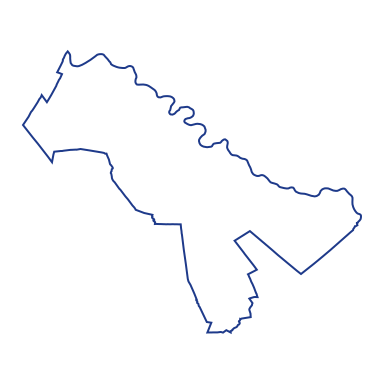 Gavojdia, Timis, Romania (Robinson projection)
{"feature_id": "2599482B38045497727994", "entity_name": "Gavojdia", "entity_type": "district", "adm_level": 2, "iso_a3": "ROU", "parent_name": "Romania", "parent_adm1": "Timis", "projection": "robinson", "projection_center": [22.005, 45.609], "detail": "fine", "context": "isolated", "style": "outline", "palette": "blue", "viewbox_px": 384, "rotation_deg": 0, "n_neighbors": 0, "source": "geoboundaries", "source_scale": "gbopen_adm2", "svg_char_len": 5895}
<svg xmlns="http://www.w3.org/2000/svg" viewBox="0 0 384 384"><path d="M174.5,101.2L174.1,99.3L173.3,98.2L171.7,97.0L170.1,96.4L167.6,96.1L166.4,96.1L163.9,96.3L163.0,96.5L160.6,97.4L158.8,97.3L158.1,97.0L157.4,96.4L157.1,95.6L156.8,94.8L156.7,93.6L156.2,92.3L155.6,91.2L154.6,90.0L150.5,87.1L148.6,85.9L147.3,85.3L146.0,84.9L143.2,84.5L138.3,84.7L136.9,84.5L136.5,84.2L135.6,82.8L135.4,81.9L135.5,80.1L135.9,78.6L136.4,77.7L136.4,76.3L136.2,75.1L135.9,74.3L134.7,72.0L133.2,67.7L132.7,67.1L132.0,66.6L131.0,66.2L130.0,66.0L129.0,66.1L128.0,66.4L126.9,67.0L126.1,67.5L124.9,68.0L122.7,68.0L119.7,67.7L118.2,67.4L116.5,66.9L114.0,65.9L112.5,65.2L111.1,64.2L110.5,62.8L110.2,62.2L109.4,61.5L107.6,59.1L105.5,56.9L104.7,56.0L104.2,55.3L103.6,54.7L102.6,54.3L101.6,54.1L100.5,54.1L99.5,54.2L98.4,54.4L97.2,54.8L94.9,56.6L90.4,59.9L87.0,62.0L85.6,62.9L82.1,64.8L79.1,66.0L78.2,66.2L77.1,66.3L73.8,65.8L72.9,65.5L72.1,65.0L70.7,63.0L70.4,60.9L70.2,58.7L70.2,56.5L70.1,55.2L69.9,54.5L69.2,53.3L67.7,51.4L67.2,52.0L66.8,52.6L66.1,53.3L65.7,54.0L64.8,55.6L64.0,57.6L63.5,58.6L63.1,59.1L62.9,59.5L62.8,60.0L62.8,60.4L62.9,60.6L62.6,61.6L60.7,65.5L57.2,72.3L59.3,73.0L62.0,74.1L60.1,78.3L58.8,80.1L58.6,80.7L56.7,84.5L56.3,85.8L51.3,94.9L49.0,98.8L46.9,102.2L41.7,95.1L41.2,96.4L40.6,97.6L39.4,99.0L37.6,102.3L34.1,107.8L32.3,110.5L31.0,112.0L28.6,116.7L23.0,125.0L32.8,137.5L37.8,143.6L48.1,156.9L52.0,162.2L53.4,154.7L54.2,151.7L60.8,151.0L62.1,151.0L63.7,150.7L70.2,149.9L76.2,149.6L76.5,149.7L80.5,149.0L89.4,150.4L101.4,152.4L103.9,152.9L104.3,153.1L105.2,153.7L106.5,153.6L106.6,153.8L106.6,154.1L107.6,156.6L108.9,159.5L110.0,164.0L110.3,164.5L111.1,165.2L112.6,167.4L112.7,167.6L112.8,168.2L112.7,168.5L111.8,169.2L111.6,170.6L111.5,171.0L111.5,171.4L111.2,171.6L111.1,171.9L110.8,172.8L110.8,173.1L111.3,173.9L111.8,176.5L111.9,177.9L112.4,179.4L113.4,181.0L114.7,182.3L119.2,188.6L119.7,189.2L120.1,189.4L125.4,196.4L127.9,199.3L132.4,205.4L134.4,207.6L135.5,209.3L135.7,209.8L144.2,213.0L152.3,214.8L152.0,215.3L152.0,215.5L152.5,216.1L152.5,216.3L152.0,216.9L152.0,217.1L152.3,218.0L152.6,218.3L153.2,218.5L153.2,218.8L153.9,219.1L154.2,219.6L154.1,220.2L153.5,220.4L153.4,220.6L153.6,221.0L154.6,221.4L154.8,221.9L155.1,222.2L155.1,222.4L154.8,222.9L155.1,223.6L155.0,224.0L156.7,223.9L157.0,224.0L161.6,224.1L167.0,224.3L167.3,224.2L170.7,224.3L171.8,224.2L177.7,224.3L178.5,224.3L180.7,224.3L181.1,228.6L181.5,231.1L181.7,233.6L181.9,234.3L182.3,237.5L183.8,249.7L185.9,264.4L187.8,279.0L188.5,281.5L190.5,284.9L194.2,293.3L196.4,298.8L196.2,299.2L196.8,299.9L196.4,300.5L196.8,300.9L197.3,301.4L197.1,302.8L198.3,303.7L198.8,306.0L199.6,306.9L206.8,322.0L211.3,322.7L207.4,332.5L215.0,332.4L217.4,332.4L220.5,332.0L221.4,332.1L223.0,332.6L226.3,330.2L230.7,332.5L230.7,331.1L231.1,331.0L231.4,330.7L231.7,330.5L232.2,330.4L232.4,330.2L232.4,329.7L233.3,328.9L234.0,328.2L236.5,327.1L237.3,326.3L237.6,325.5L238.1,324.9L239.0,324.5L239.4,324.0L239.7,323.4L239.7,322.8L239.2,322.1L238.9,321.4L239.0,321.1L239.7,320.7L240.1,320.0L240.2,318.9L240.8,319.1L241.5,318.6L250.7,317.1L250.5,313.6L249.3,309.8L249.3,309.6L249.5,308.7L250.4,307.2L251.9,305.3L252.0,304.9L252.1,304.2L252.5,303.1L249.3,298.6L249.9,298.3L253.9,297.1L255.0,297.0L257.5,297.1L256.9,295.3L256.6,294.0L256.2,293.3L255.5,291.6L254.1,287.8L252.5,284.1L251.2,281.6L250.1,278.7L249.2,276.9L248.4,274.9L248.0,274.3L254.0,271.2L256.8,269.7L255.7,268.2L253.1,264.7L252.3,263.7L244.5,253.7L243.9,252.8L234.6,240.7L249.9,231.1L271.6,249.5L278.0,255.1L296.8,270.7L301.0,274.0L314.0,263.7L323.3,256.0L330.4,250.0L350.8,232.0L353.1,230.1L353.2,229.4L353.4,228.8L353.8,228.3L354.4,227.5L354.8,226.5L355.0,226.6L357.4,225.2L356.9,223.6L356.9,222.9L357.8,222.7L358.2,221.8L359.5,220.6L360.5,219.3L360.9,217.8L361.0,216.4L360.9,215.4L360.4,214.6L359.4,214.1L357.6,213.5L356.5,212.6L355.1,210.8L354.0,208.9L353.2,207.0L352.5,204.4L352.4,202.0L352.5,199.3L352.5,197.8L352.0,196.4L350.9,195.2L349.3,193.9L347.1,191.5L345.8,189.8L345.1,189.1L344.1,188.6L342.9,188.6L341.0,189.1L338.7,190.3L337.1,190.9L335.8,190.9L333.3,190.5L328.4,188.5L326.7,188.3L325.0,188.3L323.4,188.8L322.2,189.4L320.6,191.0L319.9,192.9L318.8,194.7L316.7,196.0L315.8,196.2L314.7,196.4L311.3,195.8L307.0,194.4L304.7,193.8L300.8,193.5L298.7,193.0L296.0,191.7L294.9,190.4L293.9,188.4L293.0,187.6L291.4,187.4L289.9,187.7L288.5,188.4L286.7,188.5L284.1,188.1L280.8,187.3L279.8,187.0L278.8,186.3L278.0,185.2L276.9,184.3L274.5,183.5L272.2,182.9L270.6,182.3L269.5,181.1L267.4,178.4L265.2,176.5L263.7,175.5L262.3,175.1L261.3,175.1L260.3,175.4L259.3,175.8L258.0,176.0L256.8,175.9L255.9,175.6L254.3,174.9L253.2,174.1L251.9,172.3L251.4,170.9L251.1,169.6L250.2,167.3L249.1,165.3L247.1,160.5L245.8,159.5L244.6,159.0L242.4,158.7L240.3,157.9L238.9,156.8L237.5,155.9L236.2,155.5L232.5,155.1L231.2,154.3L230.1,152.9L229.4,151.7L228.2,150.1L227.4,148.5L227.1,147.4L227.2,145.9L227.7,143.4L227.7,142.1L227.3,141.0L226.2,140.1L225.3,139.4L224.2,139.4L223.1,140.0L221.9,140.9L221.0,142.1L220.1,142.8L216.2,143.2L214.1,143.6L213.3,144.1L212.6,145.1L212.0,146.2L211.1,146.7L207.1,147.2L205.8,147.0L203.5,146.6L201.6,145.7L200.4,144.7L199.5,143.1L199.0,141.1L199.1,139.8L199.9,138.3L200.8,137.2L202.1,135.8L204.5,134.1L205.2,132.6L205.6,131.2L205.6,129.8L204.4,126.5L203.3,125.5L201.8,124.6L200.2,124.1L197.6,123.8L196.1,123.9L191.0,125.2L189.5,124.9L188.7,124.6L187.4,124.0L184.9,122.5L184.4,121.7L184.3,121.1L184.6,120.2L184.9,119.6L185.6,119.0L187.6,118.3L189.7,118.0L191.4,117.2L192.9,116.0L193.5,114.8L193.8,113.7L193.7,112.2L193.5,111.0L192.9,109.9L191.5,108.9L190.2,108.3L189.3,107.5L187.7,106.9L186.3,106.9L183.0,107.3L181.3,107.4L180.2,107.7L179.7,108.5L179.1,109.9L177.4,110.9L176.1,112.0L175.1,113.2L174.0,114.0L172.5,114.6L170.6,114.4L170.0,114.0L169.2,112.7L169.3,111.3L170.2,110.1L171.1,106.1L172.8,104.0L174.1,102.3L174.5,101.2Z" fill="none" stroke="#1e3a8a" stroke-width="2"/></svg>